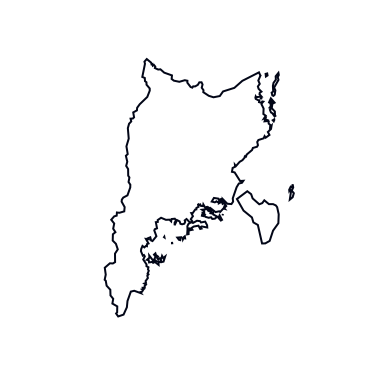 Sumbawa, Nusa Tenggara Barat, Indonesia (Albers equal-area conic projection), rotated 113°
{"feature_id": "22746128B848155691224", "entity_name": "Sumbawa", "entity_type": "district", "adm_level": 2, "iso_a3": "IDN", "parent_name": "Indonesia", "parent_adm1": "Nusa Tenggara Barat", "projection": "albers", "projection_center": [117.515, -8.617], "detail": "fine", "context": "isolated", "style": "outline", "palette": "ink", "viewbox_px": 384, "rotation_deg": 113, "n_neighbors": 0, "source": "geoboundaries", "source_scale": "gbopen_adm2", "svg_char_len": 6042}
<svg xmlns="http://www.w3.org/2000/svg" viewBox="0 0 384 384"><g transform="rotate(113 192 192)"><path d="M305.1,199.5L304.5,200.6L303.3,199.0L301.2,198.7L301.0,199.8L300.0,198.6L299.3,199.7L298.5,198.1L297.0,198.9L295.3,198.2L294.9,200.1L293.7,198.8L292.1,199.9L288.4,199.0L286.6,200.4L284.8,199.9L284.6,201.0L281.4,201.0L280.4,202.3L278.3,202.7L278.1,204.9L276.4,205.6L273.2,210.5L269.7,210.3L268.8,211.6L269.8,212.4L266.4,215.9L264.3,216.5L261.0,216.5L261.6,214.2L259.7,213.4L259.5,212.3L257.6,213.1L256.4,211.9L253.2,216.1L252.5,213.6L251.8,214.5L250.0,212.7L252.6,210.7L252.6,209.2L246.6,207.5L242.1,211.7L240.8,211.7L239.1,210.0L233.9,213.5L232.9,211.8L231.2,212.6L227.8,210.4L227.8,205.1L226.3,202.0L227.2,199.7L224.9,200.3L223.3,197.4L224.3,195.7L227.0,196.0L229.4,195.0L223.7,194.8L223.9,191.9L225.8,190.2L225.6,188.5L224.2,186.7L222.1,186.6L221.0,187.6L219.0,186.5L221.0,181.7L218.7,180.5L217.5,182.5L213.9,181.7L211.7,184.4L211.1,183.1L206.9,182.2L206.3,181.2L204.9,181.7L203.1,180.2L201.2,181.5L200.8,181.2L201.6,180.4L200.3,179.5L201.3,178.4L200.7,176.3L199.0,176.7L201.4,173.5L201.1,172.4L200.1,172.6L199.7,171.0L200.4,169.8L199.5,169.1L201.3,162.5L199.1,159.4L199.4,158.3L194.9,156.7L194.7,155.1L193.9,156.5L192.2,156.6L191.7,156.1L193.2,155.7L191.6,155.0L189.7,158.0L190.9,159.1L189.8,159.8L190.4,161.7L191.7,162.7L190.3,163.0L191.4,164.4L191.0,165.8L192.6,166.9L193.1,170.1L188.9,169.5L187.8,165.1L188.8,164.1L186.9,162.3L188.6,161.5L188.1,159.2L186.8,160.2L189.0,154.9L187.7,151.0L184.8,150.4L181.9,152.0L170.2,152.8L165.9,152.2L164.0,149.6L161.6,149.1L163.1,152.0L157.3,160.4L157.8,163.1L154.0,164.0L151.9,162.2L150.2,163.1L151.0,161.7L145.6,159.9L143.0,158.0L138.8,156.7L138.2,158.0L138.2,156.1L136.2,156.3L129.8,153.1L127.7,153.2L124.9,149.8L123.1,149.6L120.5,151.5L118.2,151.2L114.6,147.0L112.2,147.0L113.2,145.4L109.2,143.0L107.1,145.6L103.1,143.9L99.7,144.7L101.6,145.5L99.7,146.1L99.1,148.1L96.3,149.7L96.4,151.5L96.9,151.8L96.4,150.1L96.8,149.5L98.6,152.8L95.1,153.1L96.4,154.5L93.0,153.9L92.3,156.8L87.2,158.7L84.1,162.3L82.7,162.3L83.1,165.4L81.7,165.7L81.4,169.7L80.4,170.5L79.1,170.7L79.6,170.0L77.0,165.3L75.6,168.1L74.1,168.4L72.5,167.3L71.0,171.0L69.1,172.6L66.0,171.9L63.5,174.5L57.1,174.5L58.1,174.6L55.7,177.1L70.0,189.1L79.6,193.7L87.3,202.7L92.8,203.9L96.4,209.2L96.9,214.1L95.7,220.6L93.8,221.2L92.2,223.8L88.9,224.3L87.3,226.1L88.2,228.1L91.1,228.5L93.6,230.4L94.3,232.2L95.8,232.5L95.9,234.3L93.2,239.0L91.4,239.7L91.9,242.3L95.5,246.7L96.6,252.2L95.9,254.9L92.5,256.0L93.0,264.2L91.4,269.0L92.5,271.0L92.4,274.6L90.9,274.8L89.9,276.7L91.0,277.4L89.6,278.4L90.3,279.1L88.9,280.2L87.3,285.6L90.6,286.7L92.3,285.4L105.5,282.7L105.5,280.0L108.3,278.6L108.8,276.8L111.0,275.8L113.2,271.4L115.2,270.5L122.0,270.3L131.6,274.4L135.9,275.4L138.4,274.6L141.7,277.2L145.9,274.5L147.5,275.2L148.5,277.2L150.8,275.5L153.7,276.6L158.3,276.0L167.6,271.1L175.6,270.2L182.2,266.0L184.5,267.0L189.4,263.4L193.7,262.8L195.8,259.8L201.9,257.1L203.1,255.3L207.6,254.3L209.4,251.6L212.0,250.6L220.3,250.1L224.0,253.1L226.4,253.6L228.4,253.0L232.2,248.1L236.3,246.8L239.5,250.7L240.2,253.1L243.2,252.1L244.8,254.1L249.1,255.5L251.4,251.3L256.6,250.2L258.9,246.8L261.8,248.3L267.7,246.0L269.4,241.8L273.8,237.9L278.8,238.8L286.6,235.4L288.7,236.9L289.7,239.7L295.8,242.7L301.8,239.1L306.9,238.1L307.4,236.7L311.6,234.0L313.9,229.0L319.1,226.6L321.1,222.8L325.8,221.7L326.5,216.1L332.0,213.9L333.5,214.4L335.4,211.3L331.6,207.1L323.6,206.9L317.5,208.8L307.6,209.4L305.5,206.6L305.1,199.5ZM187.0,100.3L178.6,103.5L172.7,107.7L171.6,109.6L171.5,112.7L173.1,116.5L171.4,122.2L174.8,123.0L177.0,125.3L174.2,133.7L170.9,136.7L169.7,141.4L180.9,147.9L189.0,137.3L192.0,126.9L196.0,123.6L196.6,118.5L212.0,107.4L210.7,104.5L206.7,101.4L195.9,102.3L187.0,100.3ZM219.9,169.6L218.7,164.1L216.7,165.1L214.1,168.3L216.5,171.8L215.7,173.2L216.5,176.2L220.1,179.0L220.2,181.0L222.8,182.8L225.3,182.9L227.2,182.0L226.6,180.3L227.4,179.5L228.8,181.3L232.9,179.9L232.1,178.7L228.8,180.0L226.6,176.9L225.6,178.6L223.1,176.9L220.5,172.9L222.8,170.0L222.0,169.0L221.2,170.6L219.9,169.6ZM204.8,159.2L204.4,163.6L202.6,164.7L204.0,165.3L204.3,166.7L202.1,166.7L203.0,168.5L202.9,169.9L201.7,171.1L204.4,175.8L205.0,173.3L206.4,172.6L206.8,173.6L207.5,172.0L208.5,173.9L210.0,173.6L209.7,172.0L208.3,171.8L209.6,170.0L209.2,166.5L207.8,164.6L208.9,162.8L207.6,160.5L204.8,159.2ZM267.2,191.0L261.9,191.5L264.0,192.6L262.5,194.6L265.1,194.2L265.5,195.8L267.4,196.6L266.4,198.2L264.7,198.0L264.1,200.6L262.8,201.7L264.5,202.5L265.8,200.2L268.8,200.5L269.5,198.1L270.4,200.9L267.2,206.5L269.1,205.5L272.0,206.9L271.7,205.2L273.6,204.0L271.9,201.3L272.4,200.1L270.9,198.8L272.1,194.3L269.4,195.6L269.0,194.0L266.8,194.1L268.4,192.6L267.2,191.0ZM70.1,153.9L65.8,155.0L63.9,157.2L55.0,156.2L52.7,158.0L50.4,157.8L48.6,159.0L52.8,160.2L55.8,158.7L59.7,159.6L62.7,159.0L67.8,156.5L69.4,157.5L71.7,155.8L71.7,154.6L70.1,153.9ZM88.5,145.8L85.5,147.2L83.7,151.3L79.4,152.5L77.5,150.9L75.0,156.0L80.3,156.1L78.9,155.7L78.6,154.0L77.6,154.5L77.6,153.4L77.9,153.1L80.2,154.1L82.2,153.0L84.1,153.5L84.1,151.8L85.9,152.4L87.9,150.4L88.5,145.8ZM157.5,97.3L153.3,97.8L151.8,100.7L148.3,100.6L145.6,102.3L148.8,101.9L148.6,103.2L152.0,103.4L152.9,102.9L151.7,102.7L151.6,101.4L160.8,99.0L157.5,97.3ZM205.5,157.5L207.0,154.3L205.9,153.5L202.7,157.5L205.5,157.5ZM240.9,184.0L238.0,184.5L239.7,187.7L241.1,185.3L240.9,184.0ZM55.2,168.0L53.5,169.1L54.5,170.4L56.8,169.1L55.2,168.0ZM237.4,180.2L235.6,181.3L237.9,182.5L239.1,181.8L237.8,181.7L237.4,180.2ZM95.0,144.4L93.5,144.4L93.0,144.7L94.4,145.7L95.0,144.4ZM201.9,170.2L202.5,169.6L202.0,168.9L201.5,169.4L201.9,170.2ZM89.7,146.3L90.2,145.5L89.7,145.2L89.7,146.3ZM82.3,162.9L81.9,162.0L81.0,161.7L81.2,162.7L82.3,162.9ZM246.9,190.2L245.8,190.9L247.0,190.4L246.9,190.2ZM200.3,170.8L200.9,170.6L200.8,169.8L200.3,170.8ZM78.8,164.7L77.8,164.9L79.0,165.1L78.8,164.7ZM244.5,200.1L244.6,199.6L244.0,200.0L244.5,200.1ZM201.5,154.6L200.2,154.9L200.9,154.9L201.5,154.6Z" fill="none" stroke="#020617" stroke-width="2"/></g></svg>